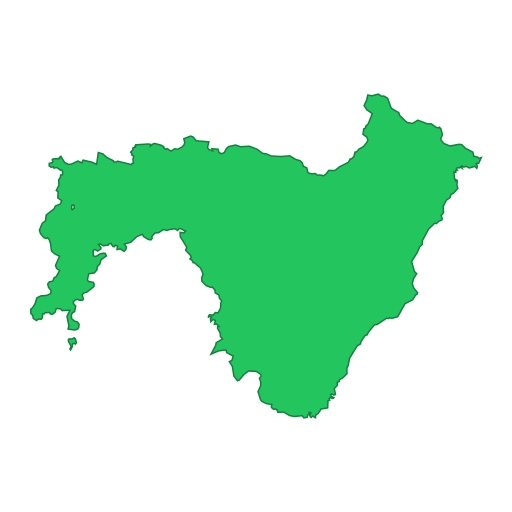 the district of Gowa, Sulawesi Selatan, Indonesia
{"feature_id": "22746128B57887954309635", "entity_name": "Gowa", "entity_type": "district", "adm_level": 2, "iso_a3": "IDN", "parent_name": "Indonesia", "parent_adm1": "Sulawesi Selatan", "projection": "mercator", "projection_center": [119.648, -5.33], "detail": "fine", "context": "isolated", "style": "filled", "palette": "green", "viewbox_px": 512, "rotation_deg": 0, "n_neighbors": 0, "source": "geoboundaries", "source_scale": "gbopen_adm2", "svg_char_len": 5981}
<svg xmlns="http://www.w3.org/2000/svg" viewBox="0 0 512 512"><path d="M416.7,273.7L414.4,271.4L411.6,261.5L417.4,252.3L419.6,247.0L422.2,244.5L422.5,240.4L428.6,229.1L434.6,223.3L436.4,223.6L438.7,221.3L441.9,220.0L442.2,218.5L441.2,215.6L443.5,212.7L443.2,206.5L446.3,200.2L450.0,197.7L451.0,194.4L453.6,193.1L457.9,188.3L456.8,184.9L457.4,180.8L456.8,180.1L455.6,180.8L455.6,179.5L454.7,179.2L453.8,172.0L455.8,172.3L455.8,170.7L457.4,170.1L456.2,169.1L457.4,167.6L459.2,168.0L460.2,167.1L462.1,168.3L461.3,166.5L461.9,165.8L463.7,167.1L466.4,166.4L469.2,168.0L474.8,166.4L476.8,168.3L477.4,166.2L476.2,163.6L478.7,163.2L481.3,157.6L479.0,158.4L477.5,157.0L473.8,156.3L472.9,152.2L465.5,148.3L461.7,144.6L458.9,144.3L449.9,146.0L443.7,143.4L440.6,139.4L442.4,134.6L440.9,128.8L439.4,127.2L438.8,127.8L436.1,127.4L431.2,123.8L427.4,123.8L417.8,120.2L412.4,123.5L406.8,122.3L399.7,115.5L398.8,112.7L391.3,108.3L387.6,98.2L383.8,96.0L381.5,96.2L378.3,94.1L371.9,95.8L367.8,95.0L366.7,100.0L364.1,105.7L366.9,109.9L372.3,113.6L368.2,123.9L365.7,126.3L365.7,127.9L363.7,128.9L363.0,134.4L366.8,137.1L367.8,139.8L367.2,141.9L363.6,146.5L358.7,149.3L357.0,151.6L354.9,152.2L354.0,156.5L351.3,159.0L350.2,158.9L348.4,162.3L339.3,166.9L335.0,170.5L328.7,170.4L326.2,173.9L323.6,175.7L319.8,174.9L317.8,175.4L315.1,173.5L311.5,173.9L308.0,172.7L306.7,167.8L303.4,166.3L302.2,162.7L300.1,160.7L295.6,159.4L289.8,155.8L281.2,156.5L271.2,156.0L266.4,153.9L262.5,153.3L257.2,149.3L249.3,146.2L240.6,146.7L235.5,145.0L228.6,146.6L226.4,148.6L224.2,152.7L221.4,153.7L218.9,152.4L218.1,149.2L211.9,148.7L212.6,150.9L208.8,149.4L207.5,147.5L208.9,141.8L196.3,140.8L192.9,136.8L190.5,136.1L183.8,138.7L184.8,142.7L183.7,145.4L181.8,147.1L177.6,149.3L174.8,148.7L171.0,151.1L167.1,148.6L165.4,149.3L163.5,147.6L163.8,146.7L160.9,145.1L154.9,143.5L153.4,143.7L150.4,146.1L150.5,144.3L148.1,144.0L135.7,144.8L135.8,145.8L134.9,146.1L135.4,147.1L132.9,148.0L132.8,149.9L130.6,152.2L132.0,153.7L131.7,154.9L133.8,156.2L132.9,159.3L133.4,163.2L132.1,163.4L131.5,164.6L117.7,161.2L115.6,162.2L113.7,161.9L113.5,160.8L106.7,157.4L102.9,153.9L98.3,152.5L96.6,164.4L92.4,162.3L83.1,160.1L81.8,162.9L78.0,161.0L71.1,164.2L68.6,164.4L64.6,162.5L60.9,156.3L59.4,157.5L59.5,158.6L53.1,158.9L52.2,159.7L53.0,161.6L52.4,162.6L49.2,163.4L49.2,166.0L51.2,167.3L53.2,166.7L53.9,168.1L56.9,167.6L60.4,170.1L61.9,170.1L62.6,171.5L62.5,174.8L60.6,175.0L60.4,177.3L58.6,180.0L58.9,185.2L56.3,190.5L58.1,191.7L57.8,197.9L61.7,200.7L60.4,204.0L55.4,206.0L54.2,208.7L46.2,215.0L45.5,220.8L42.2,223.3L39.4,230.2L40.5,233.7L43.7,237.5L46.0,238.5L47.6,237.7L49.1,239.5L50.4,242.9L51.5,251.0L54.7,253.9L59.5,256.2L55.5,265.5L56.6,268.4L59.7,270.6L56.0,276.9L54.2,277.6L52.7,281.2L49.4,281.8L47.7,283.9L48.5,287.4L51.2,290.7L50.6,293.6L46.9,295.4L40.8,295.9L36.9,297.8L35.0,303.8L32.2,308.2L30.7,309.2L30.9,313.7L32.6,315.2L33.3,318.4L36.4,320.5L38.8,319.0L41.3,319.3L42.4,317.7L42.6,313.8L44.0,314.0L45.1,312.7L49.7,312.5L50.3,314.0L52.5,314.3L55.1,312.2L56.3,308.5L60.5,308.8L62.0,310.6L70.0,310.2L67.0,316.3L68.8,325.7L68.1,329.1L74.7,330.0L77.5,329.2L78.7,327.5L79.1,324.2L77.5,322.0L74.5,321.1L71.6,318.6L71.4,314.7L72.6,312.6L74.6,311.6L75.7,306.1L73.6,303.7L73.3,301.8L75.1,300.0L77.5,299.2L79.3,300.3L82.4,300.2L83.4,299.1L82.2,295.0L83.5,293.2L87.4,291.8L93.9,286.6L94.1,283.7L93.2,282.3L88.5,281.5L87.4,279.8L88.8,273.7L94.3,273.0L97.0,269.8L97.3,266.6L99.8,264.1L101.0,259.8L106.3,256.0L105.4,253.5L103.6,253.1L100.1,253.9L95.9,256.5L93.4,255.8L93.1,251.0L93.9,249.7L95.3,249.6L97.6,251.1L100.8,249.0L100.9,247.5L98.5,244.4L100.5,244.0L103.2,245.8L108.3,245.1L108.9,243.8L111.0,243.5L112.8,246.4L114.1,246.8L115.3,245.1L117.5,246.2L117.0,249.5L120.3,249.0L124.1,251.4L125.8,249.7L126.5,247.1L124.3,244.1L130.7,242.3L136.8,236.6L142.3,234.3L143.7,236.7L148.2,239.4L150.9,239.9L152.1,238.5L151.9,236.5L154.9,233.0L158.6,232.7L163.4,229.5L167.2,230.5L169.5,229.4L175.3,228.8L177.5,230.5L179.3,228.5L180.7,228.7L185.6,231.1L183.8,233.0L180.1,232.3L180.3,236.7L186.8,247.3L185.6,250.2L190.6,255.5L191.2,257.2L189.9,258.9L192.2,260.5L193.1,262.7L194.6,262.9L200.4,267.9L202.4,272.2L203.0,274.3L201.6,277.8L201.9,281.3L205.9,285.4L210.6,287.4L212.4,287.1L214.9,290.1L215.3,293.0L218.8,294.9L219.5,298.3L221.7,301.0L220.7,303.4L220.6,308.0L218.0,312.9L215.3,312.5L213.3,315.0L209.4,314.8L208.5,316.2L208.5,317.1L209.7,316.5L211.8,317.2L210.4,318.8L210.8,321.7L212.8,319.6L215.4,320.4L214.4,324.3L216.4,324.0L219.0,326.4L217.8,326.6L217.5,328.2L220.2,333.2L220.4,336.5L222.6,338.9L216.2,342.7L215.7,345.4L211.0,354.2L218.3,351.0L224.7,350.0L226.2,350.3L226.7,352.6L233.2,356.1L231.9,360.4L229.3,361.6L232.4,366.5L233.8,375.9L237.5,380.8L239.3,380.0L244.5,373.9L248.7,371.0L256.3,371.4L260.9,374.5L261.1,376.3L259.4,378.2L260.8,382.2L260.6,386.0L258.0,391.6L260.6,399.8L262.0,401.5L266.7,403.7L271.8,404.5L271.3,407.0L272.0,408.0L273.5,409.3L275.3,408.9L277.0,409.8L277.8,412.3L283.7,412.1L289.5,415.5L294.4,416.5L302.1,415.7L303.9,417.9L307.2,417.3L307.8,415.1L309.3,414.2L309.0,412.4L310.2,412.3L310.9,412.8L309.8,415.8L310.5,417.0L311.2,417.5L312.5,416.1L315.5,417.7L315.6,415.3L318.4,413.2L321.1,409.0L327.7,407.9L328.0,400.8L329.7,400.2L329.1,398.5L330.4,397.7L333.0,398.5L333.9,397.6L331.1,396.3L330.7,394.6L331.7,394.0L333.9,395.1L335.5,394.5L334.3,388.6L337.4,385.2L337.1,382.4L339.3,381.5L339.5,379.6L342.6,378.0L347.0,373.7L346.9,368.2L348.2,365.4L349.6,358.2L357.3,345.7L360.4,344.0L361.0,341.6L365.2,335.4L367.1,334.9L368.4,332.2L374.5,324.8L376.9,324.6L386.5,318.3L388.8,318.4L389.6,317.7L391.8,318.3L397.7,316.8L405.0,303.7L412.6,299.9L415.7,294.9L417.2,294.2L417.6,292.8L413.6,287.7L412.3,283.6L413.5,278.7L416.7,273.7ZM72.3,209.7L71.6,209.2L71.8,205.3L73.8,205.0L74.3,208.0L72.3,209.7ZM75.3,338.7L74.2,337.8L72.0,339.0L69.0,338.9L68.3,339.8L68.6,341.8L71.2,346.3L69.9,349.0L70.6,350.0L72.3,346.7L72.6,343.8L74.3,343.4L75.4,344.1L76.5,342.8L75.3,338.7Z" fill="#22c55e" stroke="#15803d" stroke-width="1.5"/></svg>